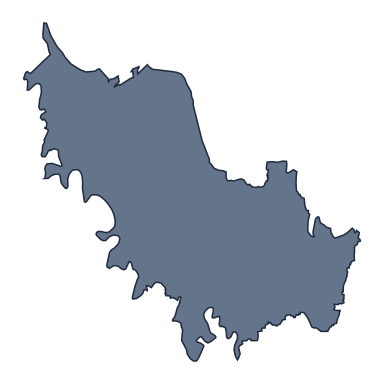 Kushtia, Khulna, Bangladesh (Equal Earth projection)
{"feature_id": "16705992B21124734124900", "entity_name": "Kushtia", "entity_type": "district", "adm_level": 2, "iso_a3": "BGD", "parent_name": "Bangladesh", "parent_adm1": "Khulna", "projection": "equal_earth", "projection_center": [89.019, 23.943], "detail": "fine", "context": "isolated", "style": "filled", "palette": "slate", "viewbox_px": 384, "rotation_deg": 0, "n_neighbors": 0, "source": "geoboundaries", "source_scale": "gbopen_adm2", "svg_char_len": 5958}
<svg xmlns="http://www.w3.org/2000/svg" viewBox="0 0 384 384"><path d="M186.5,349.8L187.4,354.4L190.3,358.7L193.3,360.9L196.6,361.0L199.3,356.6L203.9,345.9L203.4,345.0L200.6,343.2L197.0,341.8L196.4,340.8L196.6,340.2L199.7,337.0L201.5,336.9L205.0,341.4L207.9,343.0L210.8,341.6L215.8,337.7L215.8,336.9L215.0,335.6L210.3,332.6L207.6,323.5L204.9,319.5L203.8,316.5L203.8,314.1L205.2,311.0L208.2,308.2L210.4,307.4L212.4,307.4L213.2,308.4L213.2,311.7L212.1,316.3L212.4,317.8L214.2,317.9L218.6,316.4L219.4,316.6L219.9,319.5L219.1,324.0L219.5,325.4L220.0,326.3L221.3,326.6L221.6,326.1L225.4,327.7L226.4,332.9L226.5,336.8L227.3,338.2L228.5,338.6L230.7,337.2L232.8,332.8L233.6,332.1L234.6,331.7L236.3,332.7L237.5,335.6L237.4,338.8L234.8,344.9L234.0,349.9L235.4,356.1L237.4,359.9L238.5,358.2L240.1,353.9L238.6,347.0L239.6,345.7L242.1,344.4L242.7,343.5L242.0,342.4L242.2,341.0L246.7,340.7L248.5,338.7L250.6,339.3L251.0,340.6L257.3,340.6L257.8,339.3L258.2,334.8L257.7,331.7L262.0,330.9L261.6,328.5L262.2,328.0L265.0,328.1L265.5,325.2L266.3,324.4L267.6,324.3L268.3,322.0L269.0,323.1L270.4,322.5L270.5,323.2L272.7,325.1L274.3,325.0L276.9,326.0L278.2,324.8L280.0,324.2L282.7,319.9L285.3,319.4L285.0,317.2L286.6,315.3L290.1,314.7L290.6,315.5L293.6,316.5L293.6,317.3L294.4,317.7L295.2,317.4L296.3,314.7L298.4,315.2L299.0,313.9L300.0,314.3L300.4,312.3L304.0,312.7L307.7,317.8L311.8,326.8L313.7,327.9L316.4,327.9L320.9,331.4L327.8,331.4L328.1,330.0L328.7,329.8L329.8,327.4L331.1,326.8L331.8,325.2L333.5,325.5L334.2,323.9L336.6,323.3L337.2,319.7L339.3,314.4L339.7,311.2L340.3,310.9L340.2,310.4L335.5,310.4L333.9,309.5L335.0,307.1L334.2,304.3L338.1,304.6L338.7,303.7L342.1,303.7L343.9,302.7L343.7,300.9L343.0,300.6L343.0,299.5L343.9,299.1L344.0,294.6L342.3,294.4L342.2,291.5L343.2,291.7L343.4,285.9L345.0,281.6L345.7,280.8L345.9,279.0L347.2,275.5L346.9,275.0L347.7,272.0L346.9,270.9L347.0,268.9L347.7,267.9L349.1,268.1L349.6,265.2L350.0,264.1L350.6,264.4L351.2,262.1L353.3,260.7L354.5,260.6L354.1,254.7L354.5,253.0L354.5,247.4L355.2,245.9L357.2,244.4L357.9,241.8L360.4,241.1L359.8,239.2L357.9,237.8L358.8,235.7L359.2,232.5L356.4,230.4L355.9,232.1L354.7,232.6L353.8,229.6L352.3,228.2L347.4,232.6L344.0,234.9L334.8,238.2L333.0,236.3L331.0,232.3L330.6,228.5L326.0,227.0L324.3,225.1L320.4,222.8L319.2,218.0L318.7,217.0L317.9,216.8L316.1,218.1L315.3,220.0L313.0,231.9L313.1,233.7L314.0,236.7L313.4,236.9L310.7,235.5L308.3,232.3L307.7,230.7L308.1,221.0L309.7,214.4L308.6,213.2L308.2,211.4L308.5,210.6L306.7,210.4L305.9,208.7L304.9,205.6L304.1,198.2L302.2,197.9L301.4,196.6L300.3,196.0L300.1,194.5L298.7,194.5L297.9,192.2L296.7,191.3L296.4,189.9L296.0,182.7L296.3,175.1L296.9,171.8L293.4,169.7L288.5,172.8L286.6,172.7L286.3,172.0L286.8,164.5L286.5,161.3L282.7,161.1L277.8,162.3L271.9,161.7L267.1,162.1L266.3,168.0L266.7,169.6L268.4,169.8L268.0,170.9L268.3,172.1L267.2,174.0L267.0,175.6L267.3,176.1L267.9,175.9L267.5,177.6L268.2,177.6L268.2,178.2L266.9,181.4L266.4,181.0L264.9,183.5L264.8,184.5L263.3,186.6L259.7,187.4L258.5,186.4L256.3,187.4L252.3,186.9L249.4,184.2L248.2,185.0L246.2,183.7L245.7,182.4L244.5,181.5L244.1,180.1L241.6,179.0L240.4,178.9L233.8,181.0L230.7,180.3L230.0,180.9L227.4,180.6L226.1,177.3L226.1,171.9L222.7,170.6L219.2,170.4L214.4,168.5L209.4,162.1L209.3,159.2L202.0,140.3L193.3,105.4L193.1,100.4L191.6,96.6L191.1,91.8L186.4,83.2L184.8,78.6L181.5,74.2L177.3,72.5L172.4,71.6L152.6,69.3L148.6,66.4L147.4,64.7L137.8,73.9L137.6,69.5L139.0,67.8L139.0,66.7L132.8,69.0L131.2,71.7L132.8,71.6L133.4,77.5L130.8,78.3L120.1,85.0L119.2,84.4L114.5,86.8L114.9,85.8L119.1,81.8L118.1,76.0L113.3,78.9L110.3,79.2L108.5,81.5L108.3,78.8L99.3,68.8L97.3,69.5L95.0,71.2L86.0,72.0L80.2,69.7L71.0,64.0L65.0,57.1L62.2,52.4L58.0,47.8L55.9,44.6L50.9,35.8L46.5,23.3L43.9,23.0L42.9,34.0L43.0,38.0L47.4,43.6L49.2,52.2L50.4,54.5L31.4,72.7L30.6,73.3L29.4,73.1L27.4,71.5L25.7,72.5L23.6,78.6L24.3,79.7L26.1,79.2L27.0,79.7L27.5,80.7L27.7,83.5L27.2,90.0L28.9,90.1L35.7,83.9L39.0,83.5L41.0,85.6L41.4,92.6L39.6,99.7L38.9,107.3L39.8,109.4L41.4,110.1L43.9,108.9L45.9,111.8L41.8,114.3L40.8,115.9L40.5,117.8L42.0,119.8L42.9,120.1L44.0,119.1L46.9,122.8L46.2,127.8L45.0,127.5L44.7,128.1L48.0,129.7L48.2,131.1L44.1,140.1L44.6,142.2L42.7,145.6L42.3,151.1L41.3,154.3L41.5,155.8L42.1,156.6L44.8,156.8L45.8,155.9L48.4,150.9L50.1,149.7L50.3,150.5L53.5,149.0L55.8,149.1L58.3,150.3L58.6,156.3L61.7,164.2L61.9,166.0L60.7,166.3L52.3,163.4L46.9,163.9L45.4,166.3L44.9,168.7L45.6,173.0L44.9,178.1L44.3,178.5L48.1,178.4L51.3,175.7L54.8,174.2L58.9,174.2L60.1,176.2L61.0,182.1L61.9,184.2L65.3,188.2L66.5,188.5L67.5,187.5L67.9,186.0L67.7,178.8L69.2,174.1L72.6,170.1L77.6,169.6L79.4,170.8L81.0,173.0L82.1,176.0L82.6,181.3L82.5,188.7L84.4,201.7L85.4,202.3L86.4,201.6L91.4,195.0L94.9,194.8L98.2,195.3L101.0,196.8L104.6,199.9L108.1,203.9L111.8,209.5L114.0,214.7L115.1,220.3L115.1,223.8L114.7,226.0L113.8,227.7L109.1,232.0L105.9,232.6L100.6,231.4L98.2,231.5L96.7,232.4L96.2,233.7L96.2,234.9L100.8,239.6L103.8,240.8L105.8,240.4L109.1,236.9L113.4,235.0L118.2,235.7L119.9,238.4L118.7,243.2L117.6,244.7L114.4,248.0L111.3,250.0L109.6,252.3L107.1,263.5L106.8,266.2L107.1,266.9L109.4,268.4L113.9,265.6L116.7,265.8L118.7,266.6L121.7,269.1L124.0,269.8L125.8,268.9L129.1,261.5L131.2,262.7L133.0,269.2L135.3,270.1L136.9,272.1L137.9,273.8L138.7,277.2L137.6,278.7L134.8,287.0L132.5,296.7L132.4,298.5L133.1,299.1L136.8,298.4L140.6,295.7L142.5,294.0L144.2,289.6L146.2,289.9L147.1,290.7L147.2,289.6L146.4,285.6L148.4,285.9L151.4,287.6L154.3,283.5L156.5,282.2L160.9,283.0L164.8,287.2L165.6,288.9L165.1,289.7L165.7,290.5L165.1,293.4L166.0,293.7L165.3,294.6L166.0,295.7L169.3,295.8L170.2,296.3L170.1,297.4L170.6,298.2L171.9,297.5L174.9,298.4L177.6,300.4L178.9,297.1L180.5,296.9L180.9,297.8L179.7,301.4L179.8,303.1L179.3,303.1L178.9,305.1L177.5,307.3L174.9,316.6L172.9,319.3L172.5,320.5L173.2,321.1L175.8,320.9L179.8,322.3L181.0,323.4L181.3,327.0L182.3,328.6L182.6,330.5L181.6,340.3L186.5,349.8Z" fill="#64748b" stroke="#1e293b" stroke-width="1.5"/></svg>